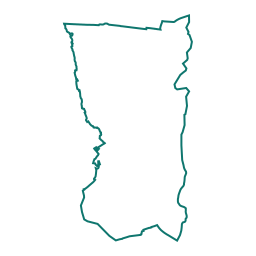 outline of Maracineni, Arges, Romania
{"feature_id": "2599482B86906431324144", "entity_name": "Maracineni", "entity_type": "district", "adm_level": 2, "iso_a3": "ROU", "parent_name": "Romania", "parent_adm1": "Arges", "projection": "albers", "projection_center": [24.868, 44.908], "detail": "fine", "context": "isolated", "style": "outline", "palette": "teal", "viewbox_px": 256, "rotation_deg": 0, "n_neighbors": 0, "source": "geoboundaries", "source_scale": "gbopen_adm2", "svg_char_len": 5253}
<svg xmlns="http://www.w3.org/2000/svg" viewBox="0 0 256 256"><path d="M189.0,15.4L185.2,16.7L180.7,18.2L178.9,19.0L177.0,20.0L175.5,21.0L174.5,21.8L173.5,22.0L168.9,21.7L164.2,21.4L162.3,21.1L162.1,21.8L161.8,23.0L161.3,24.2L160.8,25.7L160.4,27.2L160.3,27.8L160.2,28.4L160.3,29.1L160.5,29.6L160.4,29.6L159.9,29.5L159.4,29.4L157.5,29.2L155.0,28.8L154.4,28.8L154.3,28.7L152.5,28.5L150.3,28.2L146.5,27.8L146.3,29.2L144.4,29.0L142.7,28.8L130.4,27.3L129.8,27.2L128.9,27.1L122.5,26.3L121.4,26.2L120.5,26.1L120.1,25.9L109.1,24.7L107.1,23.6L106.0,23.5L105.2,23.5L104.5,23.8L103.7,24.3L103.1,24.5L102.3,24.5L101.6,24.5L100.5,24.4L99.7,24.4L99.2,24.6L99.0,24.8L98.8,25.2L93.7,24.9L88.8,24.8L87.2,24.8L71.6,24.1L64.1,23.7L64.3,24.5L64.7,24.8L65.2,25.5L65.2,26.0L65.3,27.0L65.4,27.9L65.4,28.4L65.7,28.6L66.0,28.8L66.6,29.9L66.9,31.4L67.7,32.1L68.3,32.2L69.0,32.7L69.2,32.8L69.8,34.0L70.0,34.0L70.9,33.5L71.6,33.4L72.3,33.5L72.6,33.9L72.5,34.8L72.1,35.6L70.9,35.8L70.5,35.8L70.3,36.1L70.4,36.5L70.7,37.0L70.7,37.5L71.5,38.3L72.1,39.3L72.3,40.4L72.3,40.9L72.0,41.6L71.4,42.2L71.6,42.9L72.3,43.0L72.4,43.3L72.2,43.4L72.3,43.6L72.2,44.1L72.5,44.1L72.2,44.9L72.3,45.6L72.4,46.1L72.1,46.4L71.6,46.5L71.3,46.9L71.5,47.3L71.7,48.0L72.1,48.7L72.5,49.4L72.4,50.1L72.5,50.4L73.1,51.4L73.5,52.2L73.6,52.9L73.7,53.6L74.0,55.1L74.3,56.5L74.6,57.2L74.6,57.7L74.7,58.3L74.6,59.1L74.6,59.9L74.9,61.3L75.2,61.6L75.4,62.0L75.7,62.8L75.7,64.6L76.5,66.6L76.5,67.3L76.5,68.1L76.7,68.9L76.5,70.2L75.3,70.2L75.0,70.8L75.2,71.5L74.9,72.5L74.6,72.8L74.8,73.5L75.3,75.7L76.0,77.7L76.2,79.1L77.0,79.1L77.8,80.7L76.3,81.2L76.3,82.1L76.4,83.9L77.2,88.5L77.4,89.0L78.5,89.5L78.8,90.3L79.5,90.2L79.7,91.0L79.4,91.4L79.9,91.8L80.0,92.6L80.1,93.2L80.1,93.3L80.3,96.6L80.7,97.3L80.7,97.9L80.9,98.3L81.2,98.7L81.5,98.9L81.8,99.8L81.8,100.2L81.9,100.5L81.9,101.4L82.0,101.9L81.9,102.3L81.8,102.6L81.5,103.5L81.5,104.7L81.7,105.6L81.9,106.0L81.8,106.5L82.0,108.2L82.6,108.2L83.0,108.8L84.1,108.9L84.5,110.0L84.9,110.8L85.0,111.0L85.3,111.7L85.3,112.5L84.7,112.7L85.2,113.9L85.4,114.4L85.6,115.1L85.9,115.7L86.3,116.8L86.6,117.6L86.7,118.6L86.5,119.0L86.1,119.6L86.0,120.1L86.2,120.5L87.2,122.0L87.5,121.8L88.0,121.6L88.3,121.4L88.8,122.2L89.3,122.9L90.0,124.1L90.8,124.9L91.2,125.4L92.4,126.1L92.9,126.1L93.6,127.5L94.1,127.6L94.2,127.3L95.0,127.5L96.0,127.7L96.3,127.7L96.7,127.9L97.1,127.5L97.5,127.8L97.8,128.2L98.3,128.3L99.0,129.0L99.6,130.3L99.6,130.6L99.9,131.2L100.0,131.3L100.2,131.7L100.3,131.9L100.4,132.2L100.5,132.2L100.6,132.6L100.6,132.8L101.0,132.8L101.0,133.3L101.0,133.7L101.2,134.6L101.0,135.1L100.8,135.3L100.4,135.4L99.9,135.7L99.8,136.3L99.8,137.1L99.7,137.8L99.6,138.4L99.7,138.5L100.0,138.9L100.4,139.2L100.8,139.6L101.1,140.0L101.6,140.4L102.1,140.7L102.6,141.1L102.7,141.5L103.4,142.2L104.5,142.8L104.8,143.2L103.9,143.8L103.1,144.2L100.0,146.2L98.9,146.9L97.6,147.6L98.1,148.1L98.5,148.5L98.9,148.8L97.7,150.2L96.7,148.4L96.6,148.2L96.4,147.9L96.1,147.3L94.2,148.5L94.6,149.2L95.4,150.1L96.4,151.2L97.7,152.9L98.1,153.3L98.6,154.0L98.3,154.6L98.0,155.3L97.7,155.6L97.0,156.3L95.9,158.0L95.5,158.7L94.4,159.2L94.1,160.1L93.7,161.1L93.1,163.2L95.2,163.5L95.3,163.9L95.5,164.4L95.9,164.9L96.6,165.6L97.0,166.0L97.3,166.0L97.6,166.0L98.0,165.5L98.3,163.7L98.2,161.6L98.2,161.3L98.9,161.2L99.9,164.3L99.4,164.4L99.0,164.6L98.9,165.3L98.8,166.2L98.7,167.1L98.5,167.4L98.3,168.1L97.7,168.5L97.1,168.7L95.8,168.2L96.3,170.1L95.9,174.4L95.8,174.8L95.7,175.4L95.7,176.0L95.6,176.3L95.4,176.7L95.1,177.4L94.7,178.0L94.1,178.5L94.0,179.1L94.2,179.3L95.1,179.9L94.3,180.9L93.4,181.9L93.1,182.2L91.2,183.8L89.0,185.7L88.1,186.5L87.9,186.7L86.5,187.8L85.3,188.7L83.9,189.2L84.2,189.7L83.0,190.5L82.8,190.7L83.4,193.2L83.7,194.4L84.0,195.7L84.1,197.5L80.9,205.5L82.0,212.0L84.2,219.4L87.5,221.3L97.6,223.9L109.4,235.9L115.8,240.4L119.6,239.3L122.3,238.8L122.5,238.5L123.4,238.2L127.4,237.0L129.5,236.3L131.0,236.1L140.7,234.9L140.8,234.4L141.4,234.2L141.9,231.4L143.6,230.9L143.4,229.8L144.0,229.6L146.6,228.7L149.0,227.9L149.7,227.9L150.8,227.6L151.4,227.4L151.4,227.0L154.2,226.2L154.5,226.1L157.1,225.1L158.8,227.6L159.7,228.7L161.1,230.2L162.8,231.6L164.5,232.9L166.8,234.4L168.4,235.3L177.1,240.6L180.0,235.1L181.3,230.6L181.7,227.3L181.9,224.3L182.1,223.6L182.8,222.5L183.6,222.2L184.5,222.0L185.1,221.6L185.4,221.1L185.6,220.5L185.6,219.4L185.7,218.7L186.3,218.1L186.7,217.2L186.7,216.3L186.6,215.4L186.3,214.4L186.0,213.3L185.9,213.1L185.7,211.6L185.8,210.5L185.8,209.0L185.8,208.3L185.3,207.9L184.4,207.2L183.4,206.8L182.2,206.4L181.3,206.1L180.2,205.5L179.6,204.9L179.0,203.9L178.3,203.0L178.0,202.1L177.9,201.2L177.9,199.0L178.2,197.7L178.3,196.9L178.5,195.3L179.1,193.4L179.8,191.5L180.3,190.1L181.0,188.8L182.2,187.3L183.3,186.1L184.0,184.6L184.0,183.4L184.3,182.1L184.5,180.5L184.6,179.2L184.7,177.4L184.9,176.4L185.6,174.8L186.2,173.1L186.0,171.6L184.7,169.5L184.0,167.7L183.5,165.1L182.2,160.1L181.4,145.4L181.4,134.6L182.6,132.2L184.6,125.1L184.4,114.8L185.4,114.2L187.0,105.9L186.1,96.7L189.1,91.4L186.2,88.0L177.2,89.4L175.3,88.0L174.5,84.4L180.3,74.9L183.3,72.4L185.8,70.5L186.4,68.4L183.0,63.6L187.2,59.9L187.7,58.3L186.9,52.5L190.7,48.0L191.9,41.8L189.5,35.0L188.0,33.9L188.5,31.9L186.3,27.6L189.1,22.1L189.0,15.4Z" fill="none" stroke="#0f766e" stroke-width="2"/></svg>